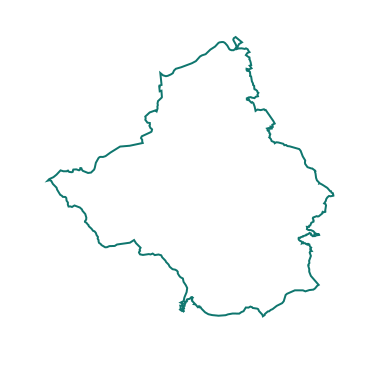 Sapanta, Maramures, Romania (Natural Earth projection), rotated 345°
{"feature_id": "2599482B85746794892801", "entity_name": "Sapanta", "entity_type": "district", "adm_level": 2, "iso_a3": "ROU", "parent_name": "Romania", "parent_adm1": "Maramures", "projection": "natural_earth1", "projection_center": [23.668, 47.916], "detail": "fine", "context": "isolated", "style": "outline", "palette": "teal", "viewbox_px": 384, "rotation_deg": 345, "n_neighbors": 0, "source": "geoboundaries", "source_scale": "gbopen_adm2", "svg_char_len": 6019}
<svg xmlns="http://www.w3.org/2000/svg" viewBox="0 0 384 384"><g transform="rotate(345 192 192)"><path d="M290.3,314.5L285.1,303.8L284.6,299.4L285.3,296.8L285.2,293.3L285.7,293.0L285.6,292.3L287.0,291.0L287.3,288.8L290.3,284.5L290.0,281.0L290.6,280.2L291.2,280.1L291.3,279.3L292.2,279.7L291.9,278.8L292.1,277.7L291.7,277.4L292.7,276.5L291.9,275.5L291.7,273.5L290.7,273.1L291.4,272.7L290.9,272.2L288.6,271.7L287.8,270.6L286.4,270.4L286.4,269.6L284.9,270.0L285.4,269.0L285.3,268.5L283.7,267.1L282.9,265.9L282.8,265.0L283.1,264.0L283.6,263.8L284.7,264.3L285.7,263.7L287.5,263.8L287.7,263.4L291.3,263.3L291.4,262.8L293.9,262.6L294.9,261.9L296.1,262.9L295.8,264.1L296.2,264.3L297.1,265.9L298.5,266.2L298.0,265.5L298.7,265.8L299.2,265.0L300.1,265.1L301.3,266.1L303.7,266.4L303.7,265.8L303.3,265.3L302.0,265.0L300.8,264.2L299.7,264.3L299.6,264.0L300.0,263.1L299.1,261.3L297.0,259.6L294.6,258.8L293.4,257.6L294.0,256.4L294.0,255.4L295.9,256.0L296.5,254.9L297.6,254.9L299.3,252.6L301.7,252.1L302.1,251.1L301.8,250.4L302.1,249.9L301.9,248.6L302.4,248.0L306.2,247.6L307.1,248.2L308.1,248.3L312.4,246.4L312.6,245.4L313.2,245.0L313.7,245.6L315.6,245.7L315.8,245.2L315.6,245.0L318.0,239.6L317.8,238.1L316.7,237.2L318.8,235.4L319.9,233.5L321.4,232.2L323.3,231.3L324.7,232.0L328.4,232.2L327.5,231.7L327.8,229.7L326.6,228.7L326.5,227.3L325.7,227.0L323.8,223.1L319.8,218.7L317.7,216.7L317.1,216.7L317.4,216.2L315.7,213.1L315.5,210.5L316.1,206.0L316.0,204.3L316.6,203.9L316.5,203.3L314.2,200.4L313.3,200.1L310.0,197.9L308.6,194.2L308.7,192.8L309.5,190.8L308.2,186.3L307.6,180.3L306.7,178.3L298.2,173.2L296.0,172.3L295.1,171.0L293.3,170.7L292.7,169.1L288.2,166.5L286.3,165.8L284.5,166.3L284.4,165.2L282.1,163.4L281.9,161.3L280.8,159.3L281.3,159.1L281.5,158.0L282.6,156.4L282.0,155.4L282.3,154.5L281.4,152.8L282.0,152.4L281.0,151.6L281.4,150.9L281.0,150.1L282.7,150.1L284.0,150.6L283.9,151.1L286.3,151.5L284.4,150.2L284.7,149.1L286.9,149.8L287.0,147.8L289.6,147.3L288.9,144.4L284.4,131.8L283.6,131.8L282.9,130.7L279.6,130.7L276.5,129.3L274.4,130.1L274.6,125.7L274.3,122.1L273.4,120.8L272.5,121.1L271.1,118.6L270.9,117.4L269.9,117.7L268.9,117.0L269.2,115.7L271.3,115.3L273.4,115.6L274.1,116.3L276.7,117.5L278.2,116.5L280.5,116.6L280.4,114.9L281.8,113.4L281.1,112.4L281.1,111.2L279.8,109.4L279.0,109.0L278.9,108.4L279.5,105.5L278.7,104.4L279.0,103.0L278.5,100.6L279.0,95.6L278.1,94.9L278.8,93.2L278.8,91.8L279.1,91.3L278.6,90.1L276.6,89.2L276.3,88.1L276.6,87.1L278.8,88.3L281.5,87.9L280.4,84.9L282.0,84.8L282.2,81.9L282.1,79.7L281.7,78.5L282.3,77.7L282.3,76.8L281.4,76.1L279.5,73.7L281.4,72.1L283.7,71.7L283.2,70.8L282.7,68.5L281.3,67.2L280.1,67.5L277.2,66.1L274.1,65.4L270.8,65.6L273.4,64.1L273.7,63.4L275.7,61.3L279.0,60.3L274.2,53.6L272.2,54.3L271.4,55.3L271.3,56.1L272.5,60.9L272.6,63.2L270.7,65.0L268.9,65.8L266.9,65.3L265.5,64.3L265.0,63.6L264.0,59.7L262.5,56.7L261.3,55.4L259.9,54.9L257.4,54.6L256.2,54.8L251.9,57.5L246.6,59.2L240.8,62.4L237.0,62.6L234.8,63.2L229.6,66.6L225.2,67.6L213.8,68.7L208.3,68.8L206.1,70.0L204.2,72.3L201.9,73.0L198.7,73.5L196.8,73.4L194.2,71.8L192.2,68.9L190.3,80.7L188.1,80.8L188.1,81.9L187.6,81.9L186.9,86.4L188.7,86.3L187.5,92.5L187.1,93.0L182.7,95.4L181.6,97.6L181.5,99.2L180.7,100.4L180.3,102.5L178.8,104.8L178.6,104.3L178.2,104.6L177.6,104.2L177.7,103.7L171.7,104.2L166.4,107.0L166.4,108.6L165.6,110.2L166.9,113.5L169.1,114.4L168.7,116.3L168.0,117.0L168.5,119.7L169.3,120.4L169.6,121.3L168.6,123.1L167.7,123.5L157.9,125.2L156.7,126.7L157.4,128.7L157.0,130.2L157.1,131.9L143.8,131.2L134.3,129.5L123.4,132.8L117.7,135.0L115.2,135.1L112.7,134.4L111.7,134.4L110.5,135.0L106.7,138.9L104.4,143.4L103.3,145.0L99.5,147.1L96.5,146.7L92.0,143.3L91.4,141.9L91.3,140.4L90.8,140.1L90.3,140.0L89.5,141.5L88.5,141.8L86.1,140.2L83.2,139.6L82.6,140.3L82.1,141.6L81.1,141.8L79.0,141.0L78.2,140.4L77.9,139.3L77.2,139.2L76.5,139.6L73.2,138.7L70.6,137.1L65.6,140.2L62.0,141.8L57.4,142.6L55.6,143.7L57.5,143.7L58.9,144.8L59.7,148.2L62.3,152.8L62.3,154.7L64.0,160.6L65.3,161.9L65.9,163.2L68.3,164.0L68.7,164.5L69.0,165.3L68.6,167.9L69.4,170.0L68.8,172.1L69.0,174.1L70.9,174.5L72.2,175.4L75.0,174.6L79.7,178.0L81.2,180.4L81.3,181.7L83.2,185.6L83.3,189.4L82.6,191.3L81.0,192.6L80.9,193.2L82.1,194.5L83.0,196.6L83.4,197.0L83.5,198.4L85.4,201.4L86.4,203.9L87.6,204.7L88.5,206.5L88.7,209.0L89.5,211.1L88.8,212.7L89.3,214.3L89.0,215.3L89.0,217.0L90.4,218.7L90.8,219.8L93.8,222.9L95.5,223.3L98.2,222.9L103.4,224.1L106.0,223.3L118.9,224.9L123.6,223.4L124.7,227.0L127.9,232.5L126.4,234.3L126.6,235.4L125.6,236.0L125.1,236.8L125.7,238.8L128.3,240.1L134.2,240.8L135.9,241.6L138.1,241.3L139.7,243.3L143.5,243.7L145.9,245.2L146.3,247.4L148.6,251.5L148.8,252.8L150.6,256.0L151.1,258.4L153.2,261.5L155.7,262.7L157.0,264.0L157.6,265.3L157.2,267.0L158.0,269.7L158.8,271.3L160.8,273.2L160.6,276.6L161.9,280.4L162.5,283.5L160.9,287.3L157.3,292.0L155.7,295.2L152.4,295.9L154.3,297.6L153.3,298.3L153.5,298.9L153.2,299.4L151.3,298.8L151.3,300.1L150.7,301.7L150.9,302.3L150.1,302.6L150.8,303.5L151.2,303.5L151.6,304.4L151.9,304.4L151.6,303.8L152.5,303.8L152.9,305.1L153.3,304.9L152.7,302.4L153.2,302.3L153.7,302.8L154.2,302.5L154.2,301.1L153.5,301.3L153.4,301.0L154.5,299.8L155.4,300.0L156.0,298.6L157.0,297.5L156.4,296.5L156.5,296.2L158.5,296.4L159.0,296.0L158.7,295.4L159.0,294.8L159.6,294.4L162.1,294.6L164.1,293.4L164.9,293.5L165.4,294.3L164.6,294.7L164.1,295.8L164.3,296.4L163.8,297.0L165.7,300.5L165.0,300.9L166.3,301.5L167.8,304.7L169.0,304.2L169.1,304.8L169.6,304.8L169.5,305.4L170.5,305.6L171.0,307.2L173.5,311.6L176.2,314.3L179.6,316.1L185.7,318.4L192.6,319.7L195.1,319.5L199.8,319.9L206.2,321.7L208.6,320.8L210.9,320.5L214.1,317.5L216.7,318.3L218.7,317.8L220.2,318.8L220.6,319.7L224.7,321.5L225.6,322.3L225.9,324.3L228.2,328.7L228.3,330.4L230.3,329.7L230.5,329.0L231.0,328.6L234.3,327.0L235.5,327.2L237.5,326.3L239.5,326.0L244.4,323.9L250.3,322.7L252.3,321.3L255.8,315.7L257.4,314.9L265.9,313.6L273.7,315.7L275.8,317.3L280.0,317.1L284.0,317.7L285.9,317.0L288.7,315.0L290.3,314.5Z" fill="none" stroke="#0f766e" stroke-width="2"/></g></svg>